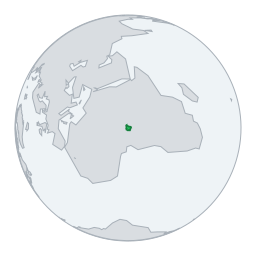 Ouham on an orthographic globe, rotated 287°
{"feature_id": "CAF-810", "entity_name": "Ouham", "entity_type": "Prefecture", "adm_level": 1, "iso_a3": "CAF", "parent_name": "Central African Republic", "parent_adm1": "", "projection": "orthographic", "projection_center": [17.885, 7.097], "detail": "fine", "context": "on_globe", "style": "filled", "palette": "green", "viewbox_px": 256, "rotation_deg": 287, "n_neighbors": 0, "source": "natural_earth", "source_scale": "10m", "svg_char_len": 8506}
<svg xmlns="http://www.w3.org/2000/svg" viewBox="0 0 256 256"><g transform="rotate(287 128 128)"><circle cx="128" cy="128" r="113" fill="#eef3f6" stroke="#a8b0b8"/><path d="M95.2,20.2L95.3,20.2L92.0,21.3L91.6,21.4L95.2,20.2ZM91.1,21.6L90.6,21.8L88.9,22.4L91.1,21.6ZM88.8,22.4L89.9,22.0L85.9,23.5L90.3,21.9L87.5,23.1L84.8,24.2L84.5,24.1L82.9,24.8L88.8,22.4ZM64.7,34.8L63.9,35.4L64.7,34.8ZM60.7,37.6L58.1,39.7L60.0,38.3L63.4,35.7L66.1,34.2L70.0,31.6L71.7,30.7L76.0,28.3L75.9,28.7L73.5,30.5L70.0,32.6L68.8,33.6L72.7,31.8L66.6,36.3L63.4,40.8L61.7,42.2L57.6,43.9L56.3,43.0L50.9,46.7L55.0,44.5L50.8,48.6L50.3,49.5L50.9,49.5L52.8,48.1L51.4,49.8L46.9,52.2L48.0,50.7L49.5,49.9L48.8,49.6L45.8,51.9L43.9,54.1L41.2,56.3L39.8,58.0L38.5,59.7L40.9,56.6L36.5,62.3L35.7,63.5L41.1,56.3L47.2,49.6L53.7,43.3L60.7,37.6ZM17.7,105.1L18.0,104.0L16.8,110.5L18.0,105.0L17.5,108.5L19.1,109.6L18.6,111.0L19.8,119.9L23.0,124.7L23.7,129.9L23.1,132.6L24.7,134.0L24.8,136.0L32.7,141.0L38.3,147.0L39.1,153.7L36.4,160.7L38.6,176.4L35.0,180.3L37.2,186.4L39.8,194.8L37.2,193.1L41.1,198.1L42.3,200.3L41.5,199.9L44.2,203.1L43.7,202.7L46.0,205.1L47.5,206.8L42.2,201.0L37.3,194.8L32.9,188.3L28.9,181.5L25.4,174.5L22.4,167.2L19.9,159.7L18.0,152.0L16.5,144.3L15.7,136.4L15.4,128.6L15.6,120.7L16.4,112.8L17.7,105.1ZM22.7,88.1L22.4,88.8L22.7,88.1ZM75.7,28.4L75.8,28.4L74.9,28.8L75.7,28.4ZM77.4,27.4L76.4,27.9L77.0,27.6L77.7,27.3L77.4,27.4ZM80.3,25.9L83.0,24.7L78.6,26.9L78.3,26.9L79.0,26.6L80.3,25.9ZM97.8,19.5L99.5,19.0L98.3,19.4L95.8,20.1L97.8,19.5ZM94.8,20.9L95.0,20.7L96.7,20.1L94.8,20.9ZM100.3,18.9L100.7,18.7L101.4,18.6L102.2,18.4L100.3,18.9ZM105.2,17.7L101.2,18.7L100.5,19.1L99.0,19.6L100.4,18.9L105.2,17.7ZM103.3,18.1L105.1,17.7L104.8,17.8L103.0,18.2L102.1,18.4L103.3,18.1ZM105.4,17.7L106.4,17.5L105.6,17.7L105.4,17.7ZM108.5,17.1L107.3,17.4L106.5,17.5L108.5,17.1ZM109.3,16.9L110.5,16.7L107.1,17.4L109.0,17.0L109.3,16.9ZM110.4,16.7L110.4,16.8L110.4,16.7ZM111.9,16.8L107.8,17.5L106.2,17.7L110.5,16.9L111.9,16.8ZM59.7,217.5L59.2,217.0L60.1,217.7L60.7,218.2L59.7,217.5ZM233.2,87.6L233.5,88.6L232.6,86.5L233.9,90.7L237.5,101.7L238.3,105.1L239.2,111.9L238.8,109.4L236.6,103.9L237.9,112.1L239.7,118.4L240.4,126.4L239.8,124.2L238.9,117.3L238.1,115.1L237.0,108.0L233.9,97.9L233.2,100.3L232.0,96.2L227.6,88.4L225.9,91.7L224.0,103.6L225.8,114.3L224.3,119.5L217.4,104.8L213.7,94.8L211.6,96.1L204.2,88.3L192.6,89.1L190.5,86.7L188.4,88.1L183.2,86.0L179.9,82.0L176.9,82.6L185.4,93.1L188.6,92.6L190.8,88.1L192.6,92.0L197.6,95.1L193.3,105.5L175.5,115.8L173.2,107.8L156.6,87.2L156.8,84.8L156.7,84.5L156.5,84.1L155.6,88.0L152.5,84.0L162.0,98.3L163.8,104.7L175.2,116.3L174.3,117.6L177.8,120.0L188.4,116.1L188.6,118.8L183.9,131.8L168.8,150.0L170.5,161.5L168.9,171.4L158.8,178.4L159.0,185.8L153.7,188.6L153.0,192.9L148.3,197.4L140.8,201.9L128.8,202.2L128.6,198.5L123.3,191.3L116.3,173.3L119.8,164.9L119.0,158.4L110.2,143.9L112.2,135.8L109.7,132.4L104.7,133.3L101.7,129.2L98.7,129.2L79.0,132.0L72.8,126.7L64.7,110.5L68.1,104.2L68.3,96.9L91.1,73.0L96.4,74.3L115.0,71.1L117.4,71.9L115.7,77.3L130.0,83.7L134.0,79.0L146.5,82.4L154.4,82.0L156.3,71.9L143.3,72.3L140.5,67.6L150.5,63.1L161.8,63.4L161.1,61.7L153.5,57.9L155.7,54.7L150.9,56.4L153.2,58.1L150.2,59.4L147.9,58.0L148.8,56.8L145.2,56.1L142.1,62.5L144.1,64.9L135.1,66.4L137.6,70.7L135.3,72.8L130.3,66.4L130.4,64.0L121.5,57.6L120.5,60.2L128.9,66.5L126.5,66.1L125.2,70.2L124.3,66.7L115.4,59.7L107.0,61.5L97.1,71.7L92.0,72.7L87.4,70.9L90.3,60.8L101.3,59.8L102.4,56.7L99.6,52.5L103.2,52.8L103.3,51.1L107.4,50.8L112.6,46.8L116.6,46.3L118.1,41.6L120.4,40.9L118.9,43.7L120.0,45.7L130.0,45.2L131.8,44.2L131.9,41.3L134.7,41.8L133.5,39.1L139.0,38.0L131.3,37.3L131.2,34.5L134.2,32.4L132.8,31.5L128.0,35.0L127.3,36.6L128.9,38.1L125.8,43.0L122.5,43.9L120.5,38.7L115.6,39.7L116.2,35.7L128.9,27.9L134.5,26.6L145.0,29.7L144.0,31.2L139.8,30.7L144.3,33.5L143.6,32.1L145.9,32.7L146.4,30.6L148.1,30.9L145.8,28.5L147.8,28.7L149.3,30.2L151.8,27.8L155.9,28.0L155.7,27.3L154.3,26.6L160.5,27.6L160.1,27.1L157.9,26.5L155.6,25.3L153.9,23.6L156.1,24.0L157.0,24.7L162.3,26.9L164.3,29.0L165.1,29.0L163.8,27.4L157.4,24.6L155.8,23.5L159.0,24.6L157.7,24.1L157.6,23.7L159.6,23.8L156.2,22.5L152.0,19.0L155.4,19.2L158.7,20.4L158.1,19.5L160.7,20.2L168.2,22.8L175.5,25.8L182.5,29.4L189.2,33.5L195.7,38.0L201.8,42.9L207.6,48.3L213.0,54.1L217.9,60.2L222.4,66.6L226.5,73.4L230.1,80.4L233.2,87.6ZM83.9,85.0L83.4,87.1L83.9,85.0ZM174.4,69.2L180.8,69.4L176.9,63.5L179.0,63.2L176.9,61.4L176.6,63.1L171.3,58.4L173.7,56.6L172.4,54.2L170.1,54.1L166.6,58.2L174.2,64.7L173.2,67.2L174.4,69.2ZM19.2,109.6L19.2,111.0L18.8,110.8L19.2,109.6ZM21.6,93.6L21.7,94.5L21.2,94.7L21.6,93.6ZM22.1,89.7L21.5,93.2L20.6,94.4L21.2,92.3L21.3,92.2L22.1,89.7ZM51.1,48.4L51.4,48.3L51.6,48.7L50.7,49.2L51.1,48.4ZM57.2,47.2L54.9,49.8L55.9,48.1L54.3,49.1L54.3,47.1L60.9,42.8L57.9,45.0L57.2,47.2ZM56.2,43.7L55.4,45.1L56.0,43.7L56.2,43.7ZM100.3,43.5L101.9,44.3L100.6,46.2L95.5,47.7L97.3,45.0L100.3,43.5ZM104.4,45.2L103.9,40.2L107.1,39.3L105.4,40.6L107.6,40.5L105.4,42.6L109.0,47.1L108.1,49.1L99.0,50.3L102.5,48.7L100.7,47.8L104.4,45.2ZM96.9,31.8L96.7,30.5L103.9,30.2L103.2,31.6L98.1,33.0L95.8,32.2L96.9,31.8ZM84.9,24.5L84.3,24.6L85.2,24.2L86.4,23.8L84.9,24.5ZM94.8,20.8L88.1,24.0L87.2,24.1L84.4,26.2L80.9,27.5L82.8,26.1L78.0,28.9L78.3,28.1L75.3,30.0L79.9,26.7L79.9,26.4L81.2,26.1L84.5,24.8L85.9,24.2L90.1,22.3L91.8,21.4L95.3,20.2L97.4,19.7L97.5,19.7L95.1,20.4L97.0,20.0L93.7,21.0L94.8,20.8ZM119.1,18.5L116.3,18.5L119.4,19.3L116.2,19.7L116.8,19.8L114.6,20.5L113.0,21.6L111.4,21.7L111.4,22.1L110.0,22.7L109.5,23.4L106.6,23.9L105.8,24.8L104.8,24.6L104.2,26.1L103.3,25.3L101.4,26.2L103.3,26.5L88.5,29.4L82.9,31.8L78.8,34.4L77.8,33.1L81.1,30.0L86.5,26.6L92.0,24.7L90.6,24.7L92.8,23.8L93.0,24.2L94.0,23.1L95.8,22.6L100.6,20.6L100.9,19.7L102.7,19.1L103.5,19.2L104.7,18.6L107.4,18.4L108.7,18.1L112.7,17.7L113.5,18.3L114.9,17.9L118.0,17.8L119.1,18.5ZM113.0,16.7L114.7,17.0L113.8,17.5L107.2,17.9L105.6,18.3L101.4,19.0L102.9,18.4L103.9,18.2L105.3,17.9L104.3,18.2L106.2,17.8L107.7,17.6L109.6,17.2L109.6,17.4L113.0,16.7ZM119.8,69.9L121.6,70.1L124.3,69.8L123.6,72.5L119.8,69.9ZM113.6,65.1L115.2,64.7L115.5,68.1L113.7,68.0L113.6,65.1ZM115.8,61.8L115.3,64.4L114.5,63.0L115.8,61.8ZM120.3,43.3L122.0,42.9L122.2,43.6L121.4,44.6L120.3,43.3ZM127.7,22.3L126.2,22.0L126.7,21.7L125.4,20.5L127.7,20.3L129.4,21.0L127.7,22.3ZM154.3,73.6L152.2,75.6L150.9,74.8L151.9,74.2L154.3,73.6ZM137.3,74.0L141.3,75.2L137.0,74.7L137.3,74.0ZM130.0,21.9L129.2,21.4L130.8,21.6L130.0,21.9ZM129.3,20.1L131.2,20.3L127.8,20.2L129.3,20.1ZM185.9,217.7L185.7,218.8L184.4,219.0L185.9,217.7ZM186.5,168.7L177.8,186.2L173.0,186.5L172.7,181.6L176.4,171.2L182.2,167.8L185.2,162.9L186.5,168.7ZM239.7,142.5L239.7,141.9L240.0,139.9L239.7,142.5ZM240.0,139.9L239.8,135.0L237.4,120.3L238.3,120.3L240.4,128.8L240.3,130.5L240.4,134.4L240.0,139.9ZM226.2,115.3L228.4,121.5L227.3,122.8L226.2,115.3ZM234.6,91.7L234.8,92.3L234.3,90.8L233.8,89.2L234.6,91.7ZM148.6,21.5L147.8,23.2L148.8,24.8L151.7,26.0L147.2,25.3L145.8,22.8L148.6,21.5ZM151.3,19.1L148.7,18.4L150.0,18.5L150.8,18.7L151.3,19.1ZM149.6,18.8L146.1,18.5L144.8,18.0L147.8,18.3L149.6,18.8ZM138.1,19.6L137.7,20.0L136.4,19.8L138.1,19.6ZM152.0,17.9L151.8,17.9L151.7,17.9L152.0,17.9Z" fill="#d9dde1" stroke="#a8b0b8" stroke-width="1"/><path d="M128.4,126.2L129.2,126.2L129.4,126.1L129.5,125.9L129.7,125.7L129.8,125.7L130.0,125.5L130.0,125.4L130.2,125.2L130.3,125.0L130.3,125.3L130.3,125.5L130.2,125.5L130.3,125.6L130.2,125.6L130.3,125.8L130.3,126.0L130.2,126.2L130.2,126.3L130.2,126.5L129.8,126.9L129.7,127.0L129.9,127.7L129.8,127.8L129.7,127.8L129.6,128.0L129.5,128.3L129.6,128.5L129.8,128.7L129.8,128.8L129.8,129.0L129.7,129.0L129.9,129.4L129.9,129.5L130.0,129.7L130.0,129.8L129.9,129.8L129.7,130.0L129.4,130.2L129.5,130.2L129.5,130.3L129.4,130.3L129.4,130.5L129.5,130.7L129.4,130.7L129.4,130.8L129.2,130.9L129.1,131.0L129.0,130.9L129.0,130.7L128.9,130.6L128.7,130.6L128.4,130.5L128.2,130.5L128.2,130.4L127.9,130.4L127.9,130.5L127.5,130.7L127.4,130.7L126.5,130.7L126.4,130.7L126.2,130.6L126.2,130.4L126.1,130.2L126.1,129.9L126.2,129.7L126.3,129.6L126.3,129.4L126.5,129.4L126.4,129.2L126.2,129.2L126.2,129.3L126.1,129.2L125.9,129.1L125.8,128.9L125.8,128.7L125.7,128.7L125.7,128.4L125.6,128.2L125.8,128.0L125.8,127.9L125.8,127.7L125.9,127.4L125.9,127.2L126.0,127.1L126.0,126.9L126.3,126.9L126.5,126.8L126.6,126.7L126.8,126.6L127.0,126.5L127.1,126.4L127.2,126.5L127.2,126.4L127.3,126.4L127.5,126.3L127.9,126.3L128.0,126.3L128.2,126.2L128.4,126.2Z" fill="#22c55e" stroke="#15803d" stroke-width="1.5"/></g></svg>